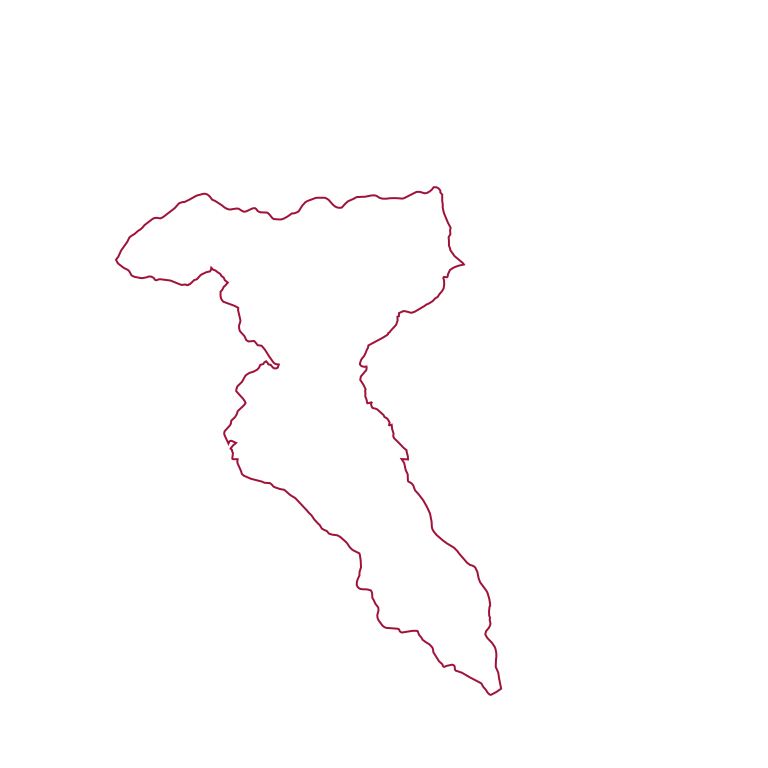 Sativasur, Boyacá, Colombia, rotated 221°
{"feature_id": "7082276B82501132437521", "entity_name": "Sativasur", "entity_type": "district", "adm_level": 2, "iso_a3": "COL", "parent_name": "Colombia", "parent_adm1": "Boyacá", "projection": "mercator", "projection_center": [-72.718, 6.063], "detail": "fine", "context": "isolated", "style": "outline", "palette": "rose", "viewbox_px": 768, "rotation_deg": 221, "n_neighbors": 0, "source": "geoboundaries", "source_scale": "gbopen_adm2", "svg_char_len": 6162}
<svg xmlns="http://www.w3.org/2000/svg" viewBox="0 0 768 768"><g transform="rotate(221 384 384)"><path d="M475.6,565.1L475.4,561.8L475.9,559.2L477.0,556.2L478.3,554.7L483.0,552.5L485.5,550.3L490.7,537.6L491.6,536.1L496.7,532.3L500.9,528.6L504.1,525.1L507.0,522.7L509.8,521.5L512.9,521.1L514.8,520.3L517.4,517.8L520.9,513.2L527.1,507.3L527.8,505.9L528.3,504.1L531.0,498.4L531.5,494.7L531.6,489.6L532.3,488.5L534.7,486.7L537.1,485.9L540.0,485.8L546.2,486.6L548.0,486.5L550.6,485.9L555.7,481.6L557.6,479.7L561.8,471.9L562.6,469.7L562.7,464.8L561.7,458.6L562.0,457.2L563.5,454.2L565.4,452.3L566.6,447.4L567.9,443.6L569.1,441.3L570.7,439.7L575.5,436.1L577.4,436.0L581.7,436.8L584.0,436.8L584.9,436.5L589.9,432.5L592.4,431.7L593.3,431.7L594.9,432.2L596.6,432.1L597.8,431.1L598.7,429.7L601.2,424.0L602.5,422.3L604.1,421.6L608.8,420.9L610.6,419.5L614.7,414.6L615.8,413.9L618.1,413.0L620.3,412.6L623.6,412.5L631.4,411.4L634.6,410.4L638.6,411.2L641.0,411.2L642.7,410.8L644.1,410.0L645.1,409.0L649.0,403.3L651.9,395.3L654.0,390.4L655.1,389.5L657.0,386.5L657.3,385.1L657.3,379.9L657.6,378.0L660.2,365.1L661.0,363.2L661.6,362.1L664.2,360.6L665.2,359.7L666.4,358.2L667.0,356.5L669.0,346.8L668.9,343.6L669.3,340.7L670.1,338.1L670.7,333.6L671.7,330.6L672.3,327.7L671.0,322.8L670.0,312.4L668.0,305.6L667.8,302.0L664.7,300.7L663.0,300.5L656.5,300.9L652.8,301.9L651.3,302.1L649.1,301.6L646.4,300.5L644.8,300.5L642.6,301.2L637.2,304.3L635.8,305.4L633.2,308.7L631.9,311.0L630.0,312.4L627.3,313.0L625.5,312.4L624.6,312.5L623.9,312.9L622.5,315.4L621.3,316.5L613.0,322.0L602.0,325.8L598.9,329.0L597.5,329.3L596.6,330.5L596.6,331.3L596.0,331.9L595.4,337.9L593.9,340.4L593.9,345.3L593.7,346.6L591.4,351.9L589.2,354.8L589.5,356.6L590.6,358.4L587.8,358.2L585.7,359.1L582.6,359.2L580.5,359.6L579.5,359.6L577.8,358.9L574.8,359.1L572.1,357.9L568.4,358.1L568.4,353.8L568.7,352.5L567.8,348.6L567.9,346.4L565.1,343.2L563.1,341.7L561.7,341.1L559.2,340.7L549.0,344.6L544.9,345.7L543.9,345.8L542.5,343.9L534.3,338.0L533.4,336.9L532.0,333.6L531.1,332.2L529.0,330.3L527.2,329.3L520.7,328.6L517.1,326.9L515.6,326.9L514.2,327.2L510.3,331.2L509.0,331.2L504.8,330.4L501.6,332.5L501.0,332.5L496.5,331.8L488.5,329.4L481.0,327.6L478.6,328.1L476.2,329.7L475.0,326.8L475.3,325.5L476.6,324.1L478.4,323.5L482.2,324.1L483.7,323.1L484.3,323.0L485.7,323.6L487.9,323.8L488.5,321.8L488.2,319.9L489.9,317.3L489.0,314.1L489.2,311.3L490.8,307.3L492.8,304.2L494.0,300.1L493.9,298.5L492.6,292.6L493.1,286.0L492.3,284.0L491.6,282.6L490.7,281.6L480.6,280.4L477.2,279.5L476.1,278.9L475.7,276.3L476.6,267.5L475.4,265.0L474.7,261.5L475.2,256.1L473.6,253.7L473.1,252.0L473.3,243.8L472.1,241.7L470.4,240.6L462.3,237.0L463.0,239.3L462.3,240.7L461.8,241.1L457.0,242.5L457.6,238.8L457.5,234.7L457.0,234.4L455.6,234.6L454.5,233.6L452.8,232.9L449.5,228.1L448.6,228.2L445.1,231.2L443.5,228.8L442.3,228.0L434.8,224.5L432.3,222.9L429.8,222.8L422.4,225.1L412.0,230.3L409.3,231.1L405.2,234.3L402.7,234.5L400.2,234.1L398.5,234.5L393.8,236.4L389.8,238.7L381.7,238.7L376.1,239.7L358.6,237.9L356.4,237.5L352.4,237.3L347.8,236.0L342.0,235.4L340.0,235.4L336.1,234.1L333.4,234.6L330.9,235.5L327.3,235.0L324.5,236.2L320.1,239.1L318.4,239.6L316.1,239.9L309.4,239.8L307.4,239.6L302.6,238.3L298.9,238.1L291.5,240.0L290.5,239.5L286.0,235.7L281.1,230.6L279.2,226.2L276.9,223.3L275.9,219.8L274.7,216.9L272.7,214.4L270.6,213.5L268.7,213.5L267.5,213.8L265.7,214.9L262.0,217.9L259.5,219.2L258.1,219.6L255.5,218.2L252.7,215.1L249.4,213.9L246.4,212.5L242.3,211.7L241.4,211.3L239.6,209.5L237.4,205.1L235.5,203.3L233.1,202.1L226.4,200.6L224.1,200.8L222.2,201.5L213.1,208.3L211.7,208.7L210.0,207.8L209.2,207.7L207.5,208.1L201.0,215.9L199.3,217.6L197.1,219.3L196.2,219.5L193.1,217.7L189.6,217.2L187.1,216.3L183.0,216.6L178.9,217.3L174.8,216.9L172.9,215.9L170.7,213.9L160.4,210.8L156.4,210.8L155.1,210.3L154.7,209.8L153.7,209.7L152.8,210.2L152.0,212.1L148.4,216.9L147.0,217.5L145.5,217.3L143.2,215.1L142.0,214.7L135.8,217.2L126.8,218.9L114.7,221.8L113.8,221.8L110.3,220.5L106.8,220.1L103.1,219.0L100.7,218.9L99.7,219.3L99.2,219.9L97.1,225.4L95.7,230.9L104.1,237.4L108.4,241.1L114.1,243.8L119.0,249.9L119.8,251.3L122.7,254.6L125.9,257.1L127.6,258.1L132.7,259.5L139.4,260.1L142.9,261.3L143.5,261.8L144.8,264.4L144.9,268.8L145.5,271.2L146.3,272.9L149.4,275.2L150.6,277.1L152.8,278.3L155.7,281.5L158.2,285.1L158.4,286.2L159.5,287.5L163.4,290.8L168.9,294.3L171.3,295.2L181.3,297.4L185.2,299.5L190.1,303.3L194.5,305.3L196.3,305.4L198.8,304.7L200.2,303.9L204.2,303.6L216.6,305.4L218.8,306.0L223.6,306.4L231.8,305.0L236.4,304.6L245.2,304.5L250.1,305.4L252.4,306.3L254.1,307.5L257.6,311.2L264.4,316.5L271.4,319.6L278.3,322.0L286.1,323.6L290.8,324.1L295.5,326.7L298.2,327.1L301.5,326.4L302.4,326.6L306.9,331.4L311.2,333.3L316.9,337.6L321.5,338.9L316.4,342.8L318.5,345.0L322.7,347.9L323.5,348.8L327.6,348.7L334.9,349.4L340.8,349.7L342.7,350.6L344.3,352.9L348.4,355.4L351.5,358.3L352.6,356.5L353.2,356.3L354.5,358.6L358.1,359.9L359.6,360.0L361.9,359.4L364.1,360.3L372.2,360.4L373.6,360.1L376.8,358.5L377.5,358.5L379.4,359.4L380.8,360.5L381.1,361.9L381.4,361.9L383.7,358.7L384.4,358.7L386.4,360.4L390.3,362.6L391.9,364.8L393.8,366.5L394.3,367.8L394.9,368.2L399.2,370.0L404.6,371.5L406.4,374.5L406.5,382.9L407.7,384.8L408.7,385.7L410.3,383.9L411.8,383.1L413.1,382.7L415.0,383.0L415.8,384.1L417.1,387.2L417.4,389.5L417.3,391.6L418.2,395.3L419.2,397.9L419.9,400.9L421.1,402.9L415.2,418.3L413.7,423.4L413.7,424.4L414.2,425.0L413.7,426.7L413.9,428.1L413.7,436.7L415.4,440.8L418.0,443.6L417.2,444.9L419.2,447.4L417.1,451.9L415.1,453.2L410.1,455.6L408.3,458.5L404.6,469.5L404.3,471.3L402.8,474.6L401.7,478.3L401.5,482.2L400.6,485.1L401.1,487.9L401.1,492.0L401.7,495.2L403.9,498.7L406.7,501.6L408.7,502.9L409.0,503.5L409.0,504.0L408.5,504.5L406.6,505.8L406.4,506.6L407.7,508.8L408.8,512.6L408.9,513.5L408.6,515.0L407.4,518.5L405.2,522.4L402.1,526.6L403.5,527.0L414.7,526.8L421.9,528.6L423.0,529.6L425.8,531.1L429.4,535.2L431.3,536.9L431.7,537.8L432.1,540.5L435.0,543.4L436.2,545.6L441.4,547.6L450.5,552.1L452.6,553.5L455.8,556.0L457.3,557.9L460.2,560.4L464.3,565.1L467.1,565.5L468.5,567.0L471.2,567.4L473.5,566.9L475.6,565.1Z" fill="none" stroke="#9f1239" stroke-width="2"/></g></svg>